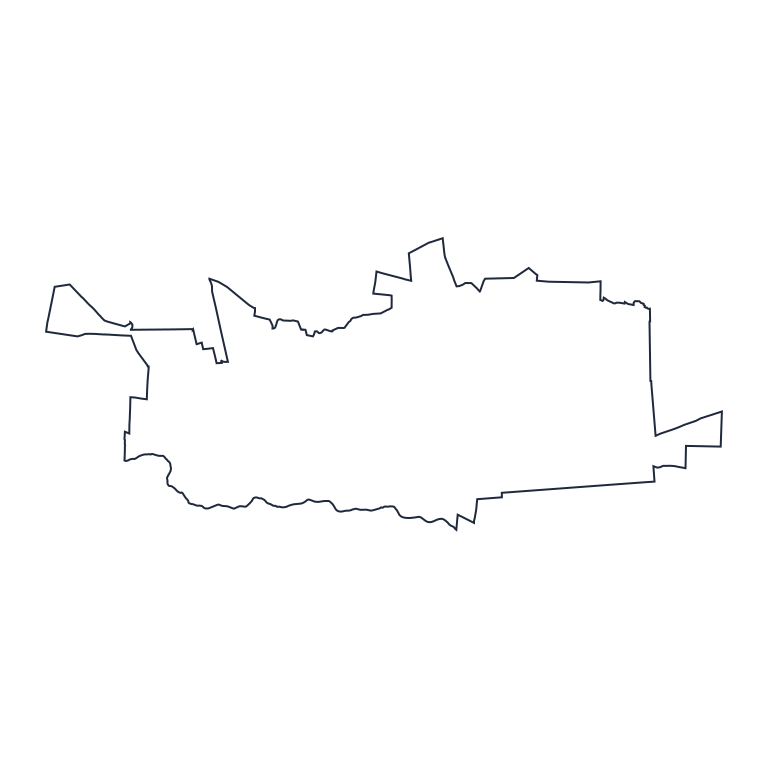 Villagrán, Guanajuato, Mexico
{"feature_id": "50627088B37943890522805", "entity_name": "Villagrán", "entity_type": "district", "adm_level": 2, "iso_a3": "MEX", "parent_name": "Mexico", "parent_adm1": "Guanajuato", "projection": "orthographic", "projection_center": [-101.009, 20.546], "detail": "fine", "context": "isolated", "style": "outline", "palette": "slate", "viewbox_px": 768, "rotation_deg": 0, "n_neighbors": 0, "source": "geoboundaries", "source_scale": "gbopen_adm2", "svg_char_len": 6084}
<svg xmlns="http://www.w3.org/2000/svg" viewBox="0 0 768 768"><path d="M649.2,308.8L648.5,308.8L647.5,308.4L647.0,307.7L645.8,307.7L644.6,307.1L644.8,305.6L643.6,304.9L643.7,304.4L643.6,303.7L641.1,303.0L639.4,301.3L635.6,301.1L635.0,301.1L633.7,302.7L633.6,305.0L628.1,304.0L624.8,302.0L624.5,303.6L620.2,302.8L617.0,302.6L614.9,303.4L614.0,303.4L608.0,300.6L606.9,299.9L605.2,298.5L603.8,297.7L603.4,300.1L602.6,300.9L600.3,300.0L600.4,293.5L600.5,291.8L600.6,281.3L590.1,282.3L589.3,282.5L548.6,281.7L536.8,280.7L537.3,275.1L535.4,273.7L528.7,268.0L513.9,278.0L485.1,278.7L483.7,281.0L480.2,290.9L479.8,291.5L478.4,290.1L476.9,288.3L475.8,287.3L471.4,283.1L465.4,283.0L462.9,284.6L459.3,286.1L457.7,286.2L456.6,286.4L453.9,279.7L453.7,278.7L453.0,276.8L448.5,266.0L445.1,257.5L445.2,257.4L444.9,256.5L444.3,253.0L442.7,238.2L430.0,242.4L429.2,242.5L408.8,253.3L410.0,266.4L410.5,272.8L410.6,274.6L411.2,280.8L404.9,279.3L403.2,278.7L382.2,273.2L376.5,271.5L375.3,282.0L374.5,286.3L374.2,287.8L373.5,291.8L373.3,293.6L383.6,294.6L390.4,295.3L391.6,295.6L391.7,299.5L391.6,307.8L388.5,309.6L387.8,309.7L380.7,313.4L373.0,313.9L367.8,314.8L363.0,314.9L361.3,316.0L356.3,317.5L353.1,317.8L351.4,319.0L350.3,321.0L348.8,322.0L344.5,327.8L343.7,328.0L338.1,327.9L332.4,330.5L332.4,331.3L331.6,331.4L330.3,331.2L327.5,330.2L325.4,329.5L324.9,329.5L324.5,329.5L324.1,329.7L323.6,330.2L322.3,331.6L321.9,332.2L321.0,332.7L319.9,333.1L319.3,333.2L318.8,333.0L318.3,332.6L317.3,331.6L316.9,331.3L314.8,331.5L314.8,332.1L313.6,335.3L312.9,336.4L306.8,335.1L305.5,329.8L301.8,329.4L302.0,329.7L301.1,329.6L297.9,321.5L293.5,320.5L292.8,320.4L291.5,320.7L290.3,320.8L283.3,320.5L282.4,320.2L281.2,319.5L280.8,319.3L279.4,319.3L278.6,319.5L278.2,319.8L277.5,320.5L276.8,322.4L276.6,323.5L275.6,326.4L274.9,327.8L274.1,328.3L273.3,328.5L272.5,328.5L272.6,325.7L269.7,319.6L263.0,318.0L254.3,315.7L255.0,311.6L255.0,308.1L254.1,308.0L253.4,307.7L251.4,306.5L249.1,305.1L227.1,287.0L218.5,281.9L209.4,278.7L209.4,279.4L211.3,283.5L212.0,286.4L212.1,291.6L215.9,308.0L221.0,331.3L227.9,361.8L224.5,361.9L223.8,361.8L223.0,361.6L222.3,361.2L221.5,360.7L221.2,361.0L221.5,361.4L221.8,362.9L216.6,363.2L215.2,357.0L213.0,348.1L208.2,348.7L203.2,349.2L201.7,342.6L196.6,344.2L193.1,329.2L192.7,329.7L192.7,329.1L173.6,329.4L130.9,329.8L130.9,329.5L132.3,327.5L132.4,324.6L130.8,322.5L130.3,322.2L130.4,322.9L130.0,323.5L125.0,326.4L122.2,325.7L108.8,322.0L106.8,321.4L104.5,320.5L101.7,317.8L100.5,316.3L99.0,314.9L94.2,309.4L91.7,306.9L90.1,305.6L87.9,303.4L82.4,297.5L82.0,297.4L81.6,297.0L69.7,284.5L54.7,286.8L51.2,304.2L47.9,320.3L47.4,322.2L46.1,331.7L77.5,336.4L81.4,335.3L85.1,333.9L89.9,333.8L94.7,333.9L102.5,334.4L104.2,334.5L104.5,334.4L105.4,334.5L108.4,334.6L121.6,335.4L131.0,335.8L136.5,350.3L137.6,351.7L137.7,352.2L147.3,365.2L147.7,366.4L148.5,366.3L148.7,367.6L147.6,380.7L147.1,390.9L146.8,399.3L140.7,398.5L134.9,397.5L130.4,397.2L130.2,406.4L129.7,419.7L129.4,424.7L129.3,433.5L124.9,431.7L124.5,439.3L124.9,440.0L124.8,444.5L125.0,444.8L125.1,445.5L124.9,446.4L124.8,453.4L124.5,460.5L125.8,461.0L127.7,460.6L130.0,459.4L131.7,459.0L133.8,458.8L134.5,459.0L135.5,458.6L138.8,456.4L140.8,455.5L144.0,454.5L150.1,454.2L150.6,454.5L151.9,454.0L152.5,454.0L158.1,455.7L159.3,455.8L160.2,455.9L162.2,455.8L163.0,455.9L163.4,456.0L165.1,457.7L165.7,458.7L166.7,459.4L167.3,460.1L167.8,460.9L168.5,461.4L169.4,462.2L170.1,463.5L170.4,464.5L170.4,465.6L171.0,468.2L170.9,469.1L170.7,470.0L170.7,470.6L170.4,471.4L169.4,473.2L169.0,474.3L168.5,474.6L167.8,476.4L167.4,476.8L167.0,478.0L167.5,480.9L167.4,482.4L167.6,484.0L168.6,485.5L169.1,485.9L171.2,486.1L171.9,486.4L174.7,488.4L176.7,490.6L178.5,492.1L180.0,492.7L180.9,492.8L181.6,492.5L182.1,492.7L182.6,493.2L186.0,498.4L187.1,499.3L188.2,500.9L188.4,502.0L188.7,502.8L189.1,503.2L191.3,504.0L193.0,504.2L196.1,505.4L197.4,505.7L199.3,505.6L201.5,505.9L202.4,506.3L203.6,507.6L205.2,508.4L206.6,508.5L208.5,508.4L217.4,504.8L218.5,504.6L219.5,504.8L221.8,505.8L223.2,506.0L226.9,506.2L229.1,506.9L233.5,508.6L234.2,508.6L239.0,506.4L239.9,506.2L240.8,506.2L245.3,506.7L246.1,506.5L247.6,505.3L250.2,502.8L251.7,501.1L252.3,500.1L253.0,498.7L253.7,498.1L254.5,497.7L255.8,497.4L257.0,497.5L259.4,498.3L261.4,498.3L264.3,499.9L264.9,500.4L266.6,502.5L268.2,503.5L269.2,503.7L271.0,504.4L272.8,505.5L273.8,505.8L275.7,505.9L276.6,506.6L277.7,506.8L279.6,506.7L280.5,507.0L282.0,507.3L283.6,507.3L285.4,507.0L286.4,506.8L288.5,505.8L292.3,504.6L294.4,504.2L300.8,503.6L302.4,503.2L304.1,502.3L305.5,501.4L307.1,500.1L307.8,499.7L308.3,499.6L309.1,499.6L310.1,499.9L314.7,501.6L316.1,501.8L317.6,501.9L319.1,501.8L323.6,501.1L325.0,501.0L328.6,501.0L329.5,501.3L330.5,502.2L331.7,503.2L332.9,504.5L333.9,506.1L335.1,508.2L335.9,509.5L337.1,510.6L338.2,511.1L339.4,511.5L340.6,511.6L342.0,511.5L345.9,510.7L348.1,510.7L350.1,510.4L351.2,510.1L352.5,509.4L353.8,509.3L355.0,508.8L355.9,508.7L360.3,509.8L361.2,509.8L365.2,509.7L366.4,509.7L370.2,510.5L371.1,510.6L372.9,510.3L379.2,508.5L380.1,508.1L380.8,507.5L381.3,507.4L382.5,507.7L383.3,507.4L384.0,506.8L384.9,506.5L388.0,506.7L390.1,506.3L393.3,506.5L394.2,506.9L395.0,507.8L396.0,509.4L396.8,510.0L399.4,514.9L400.9,516.3L402.2,517.0L404.2,517.6L406.3,517.9L409.7,518.0L413.8,517.6L418.5,516.9L419.3,516.9L420.4,517.2L421.4,517.7L425.6,520.9L427.6,521.9L429.4,522.2L431.5,522.0L433.7,521.2L435.2,520.5L437.8,519.4L440.2,518.9L442.0,518.8L443.7,519.4L445.7,520.8L447.8,522.7L449.4,524.6L450.9,525.7L452.9,526.5L453.9,527.2L454.6,528.0L454.9,528.6L456.3,529.8L457.7,514.7L468.9,520.3L474.0,522.9L474.0,520.9L474.5,519.1L475.2,515.4L475.8,512.1L476.2,509.5L477.2,499.2L501.9,497.3L501.8,492.8L619.4,484.1L645.6,482.2L654.5,481.6L653.4,466.2L657.2,467.6L660.2,467.2L662.9,465.9L670.0,465.8L673.9,466.0L685.5,468.2L686.0,445.9L720.7,446.6L721.9,411.5L700.8,418.3L695.8,420.9L684.4,424.8L677.6,427.7L671.8,429.8L660.5,433.6L655.6,435.8L651.4,384.7L651.2,381.0L650.4,380.9L649.5,321.9L649.8,320.9L650.1,321.0L649.9,308.7L649.2,308.8Z" fill="none" stroke="#1e293b" stroke-width="2"/></svg>